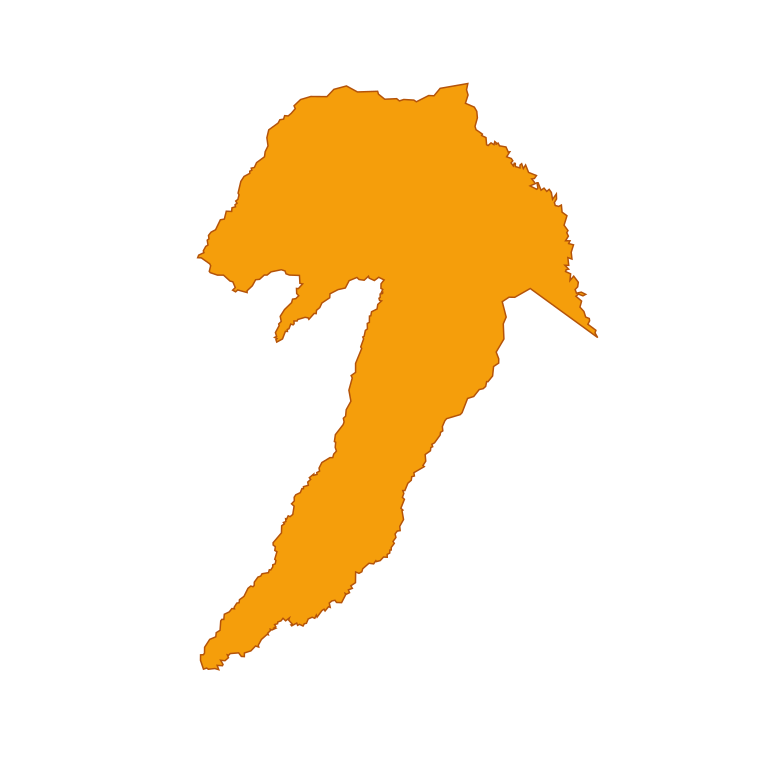 outline of Paranatinga, Mato Grosso, Brazil, rotated 189°
{"feature_id": "56859067B44525385628721", "entity_name": "Paranatinga", "entity_type": "district", "adm_level": 2, "iso_a3": "BRA", "parent_name": "Brazil", "parent_adm1": "Mato Grosso", "projection": "mercator", "projection_center": [-54.063, -13.341], "detail": "fine", "context": "isolated", "style": "filled", "palette": "amber", "viewbox_px": 768, "rotation_deg": 189, "n_neighbors": 0, "source": "geoboundaries", "source_scale": "gbopen_adm2", "svg_char_len": 6147}
<svg xmlns="http://www.w3.org/2000/svg" viewBox="0 0 768 768"><g transform="rotate(189 384 384)"><path d="M587.8,479.6L584.2,480.0L574.9,475.4L573.7,473.7L574.2,467.9L573.0,466.8L565.6,465.5L559.5,466.4L552.2,461.6L549.3,461.3L546.0,456.0L548.2,453.0L545.0,451.8L543.2,454.0L533.5,452.9L533.8,454.7L529.4,460.4L527.1,466.9L523.3,467.9L519.3,472.9L516.5,473.3L513.1,477.1L503.3,480.8L499.5,480.2L498.0,477.5L494.5,476.8L484.5,478.0L482.8,470.3L480.0,470.1L483.5,464.8L485.4,464.7L484.4,459.7L482.0,457.8L484.5,454.5L487.6,453.5L488.0,449.9L493.9,442.0L497.1,434.6L495.3,429.7L497.4,426.8L496.7,425.3L499.3,417.8L497.5,414.2L499.3,412.9L496.7,412.1L497.7,410.9L496.5,408.6L491.3,412.6L489.6,420.6L487.6,420.8L488.1,422.7L486.5,423.7L485.5,428.6L483.0,428.2L482.2,429.4L482.8,432.1L479.6,432.7L479.3,434.2L472.4,437.5L469.4,437.5L468.3,436.1L464.0,442.8L462.0,442.9L462.2,446.2L459.4,449.4L458.0,454.3L451.1,460.7L451.5,464.6L444.2,470.0L437.2,472.8L434.6,480.6L427.4,485.0L425.0,483.3L419.8,483.4L416.2,488.0L415.2,486.2L409.7,484.7L405.9,488.6L400.2,486.8L402.6,482.5L402.0,478.0L400.0,477.2L401.0,473.8L399.6,474.3L399.6,473.2L401.9,472.2L401.3,468.9L402.4,467.9L401.5,465.9L399.4,465.7L402.6,461.6L402.6,457.0L407.6,453.4L407.7,449.3L409.0,448.8L408.1,442.6L410.0,441.2L409.0,435.8L410.8,434.0L411.1,428.0L412.3,427.1L411.2,425.3L412.8,417.0L411.6,415.6L415.3,399.9L413.9,391.0L417.8,387.2L416.3,385.0L417.7,372.4L414.0,361.8L417.3,352.7L416.9,346.2L418.8,343.8L417.5,340.3L418.0,337.5L424.1,326.4L424.0,319.4L422.6,318.9L422.3,313.8L420.5,310.3L422.7,306.9L423.1,303.3L425.9,302.8L433.1,296.7L435.0,290.8L434.0,287.9L436.5,286.0L436.0,284.2L439.2,282.8L439.3,284.1L443.1,279.8L441.5,278.3L444.0,275.2L442.9,272.1L447.5,270.0L447.2,268.0L448.7,267.8L449.7,263.6L453.8,260.8L455.0,258.1L454.3,254.5L456.6,251.2L453.7,249.3L453.7,240.9L456.0,238.3L458.0,238.8L459.1,235.3L460.1,235.5L459.4,232.8L461.7,231.5L460.5,230.3L462.9,228.0L462.0,220.9L468.7,209.9L468.3,207.6L465.9,206.3L465.8,202.5L463.5,201.6L464.5,193.8L463.2,192.9L463.3,189.4L465.6,188.0L465.3,185.8L466.8,182.6L468.2,182.6L468.6,179.6L474.8,177.5L475.7,175.0L478.3,173.6L481.1,168.0L480.7,164.6L481.7,163.3L484.0,163.6L486.4,160.9L489.1,152.3L493.0,148.4L492.9,145.3L495.1,144.6L497.1,140.0L496.5,138.6L499.1,138.4L501.2,134.7L505.7,131.6L505.4,126.4L507.3,126.2L508.2,124.5L507.4,115.1L510.8,112.2L510.6,108.0L516.2,104.5L520.0,95.9L519.2,90.1L520.0,88.4L522.8,87.8L522.0,82.3L517.7,74.1L514.7,75.7L512.9,74.8L506.6,76.5L502.5,76.0L504.8,80.0L499.5,80.5L499.1,81.8L502.2,85.6L497.8,85.8L494.8,89.4L496.4,92.0L495.0,91.8L493.7,93.7L485.5,95.7L482.3,92.6L479.3,92.9L479.8,96.5L473.7,99.6L469.9,105.1L466.6,104.6L467.3,106.4L465.1,112.5L460.3,118.4L459.0,118.2L459.8,119.8L457.6,122.7L458.0,124.0L456.2,123.5L452.9,125.7L454.4,125.9L452.8,127.2L454.4,129.3L451.6,130.6L451.7,132.3L448.7,133.9L447.1,136.8L444.1,134.7L440.9,138.1L441.3,136.0L436.6,132.1L438.2,131.5L437.3,130.7L432.8,134.2L431.6,132.1L429.9,133.4L426.1,132.3L425.2,134.8L423.2,135.5L422.1,140.1L418.5,142.4L415.7,141.8L414.7,145.2L413.6,143.3L409.8,150.6L408.0,152.2L406.7,150.6L403.9,155.4L402.2,155.0L403.8,159.1L401.5,161.6L398.6,162.7L396.7,160.8L391.7,161.4L388.9,169.8L389.6,171.1L388.1,170.6L385.4,172.5L387.0,175.1L383.3,177.2L385.2,179.5L381.1,183.3L382.6,193.9L379.1,193.1L376.5,195.1L376.1,198.2L370.8,204.6L366.1,204.7L364.4,208.2L363.7,207.4L360.1,209.0L357.4,213.0L353.7,213.4L354.2,216.2L351.9,217.9L352.2,220.9L350.9,221.2L351.3,223.7L348.9,228.2L350.5,229.9L348.2,234.3L349.6,237.6L347.9,240.8L345.1,241.7L346.2,245.9L343.5,253.2L346.4,261.7L345.6,262.4L347.9,263.9L345.8,273.3L348.1,274.9L347.3,279.0L348.8,281.7L346.7,282.0L344.9,289.7L342.0,293.2L342.1,296.8L339.6,297.9L340.6,301.1L331.3,308.7L332.8,309.6L330.7,314.3L332.3,320.8L327.7,325.3L327.8,328.6L326.1,329.7L327.3,331.9L324.9,333.8L320.6,342.3L320.6,345.1L318.6,346.9L319.7,351.1L318.1,357.3L316.7,359.6L303.9,365.7L302.4,367.9L299.2,382.8L293.4,385.7L289.1,393.4L285.3,394.9L283.2,397.5L283.0,402.4L281.7,402.5L278.0,408.9L278.5,418.4L274.0,422.6L274.6,426.8L278.2,433.1L272.6,447.2L275.6,462.1L273.8,469.2L280.1,483.8L274.1,489.3L268.4,490.1L254.5,501.2L180.2,463.3L183.6,467.5L183.1,470.2L192.0,474.9L190.8,478.6L191.5,480.8L195.3,481.7L197.9,486.9L202.5,490.6L201.8,496.8L208.2,500.7L206.0,503.2L201.3,502.2L198.8,504.1L203.5,505.6L208.1,503.8L210.0,507.2L207.9,510.3L208.0,514.9L213.5,520.2L216.5,515.3L216.9,522.0L222.3,523.5L221.9,525.4L219.6,526.3L223.9,529.6L220.1,530.1L222.2,537.6L217.9,536.8L219.7,543.4L218.6,551.1L223.6,551.6L222.7,554.5L227.1,553.9L225.0,558.9L227.2,562.0L226.3,564.3L231.0,569.0L229.6,578.8L235.0,581.6L236.8,588.5L239.3,586.7L242.8,587.1L244.1,589.9L242.5,593.7L243.5,598.7L246.4,592.8L248.7,599.4L251.3,602.1L253.4,599.7L256.6,602.5L259.2,600.0L263.3,606.9L264.4,606.7L262.7,601.7L263.6,600.2L270.7,602.5L265.8,605.7L270.2,609.7L267.6,610.5L266.0,613.7L274.3,615.6L278.4,622.5L280.1,618.6L282.5,623.1L283.9,621.5L283.5,618.7L288.3,619.3L288.8,622.4L289.9,622.5L290.4,619.6L293.1,622.3L291.7,624.6L293.5,626.6L298.4,627.6L296.1,633.0L297.6,632.6L300.6,637.2L307.2,637.3L309.0,639.8L311.2,637.9L310.5,639.5L312.5,640.8L312.8,637.6L316.0,638.9L318.5,635.8L320.1,636.4L321.8,643.3L326.4,644.7L325.9,646.2L332.9,649.6L334.4,652.7L333.4,661.5L335.0,667.8L338.1,671.6L347.5,674.0L346.2,682.6L348.5,687.5L348.2,693.9L374.8,684.8L379.7,676.5L385.0,675.9L396.2,667.8L398.9,669.1L409.0,668.1L413.1,666.0L416.1,667.8L427.8,665.4L434.8,669.4L436.1,672.1L455.9,668.3L467.7,672.5L479.6,667.2L485.3,658.9L501.3,656.5L510.9,651.9L516.4,644.7L514.7,642.1L517.9,636.9L520.5,633.8L524.1,633.5L524.6,629.9L528.2,628.7L529.4,625.2L537.6,617.0L538.2,608.9L535.8,601.0L537.7,594.9L537.6,589.7L544.5,582.7L545.9,577.6L548.9,576.4L548.0,574.4L549.9,573.2L549.5,571.1L554.7,567.1L557.1,561.7L558.0,549.7L556.8,548.2L557.2,543.5L559.1,541.5L557.4,539.6L559.2,537.7L558.4,535.8L561.7,534.3L561.5,530.6L566.8,530.0L567.5,521.9L571.3,520.6L574.5,510.0L578.6,506.9L580.6,503.3L579.6,500.0L581.1,498.4L579.6,493.7L581.6,492.0L583.3,487.2L582.4,485.6L587.2,482.3L587.8,479.6Z" fill="#f59e0b" stroke="#b45309" stroke-width="1.5"/></g></svg>